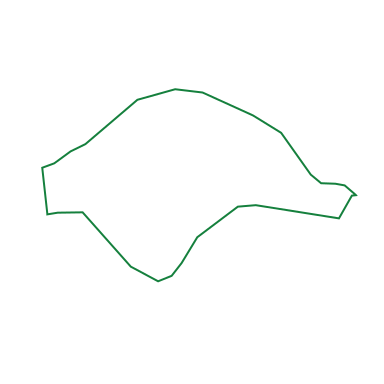 SVG path tracing the border of Kep, rotated 323°
{"feature_id": "KHM-1798", "entity_name": "Kep", "entity_type": "Province", "adm_level": 1, "iso_a3": "KHM", "parent_name": "Cambodia", "parent_adm1": "", "projection": "orthographic", "projection_center": [104.354, 10.511], "detail": "fine", "context": "isolated", "style": "outline", "palette": "green", "viewbox_px": 384, "rotation_deg": 323, "n_neighbors": 0, "source": "natural_earth", "source_scale": "10m", "svg_char_len": 501}
<svg xmlns="http://www.w3.org/2000/svg" viewBox="0 0 384 384"><g transform="rotate(323 192 192)"><path d="M321.0,293.2L317.5,291.1L293.5,301.5L235.0,240.9L219.8,231.3L169.0,231.3L140.9,242.5L125.3,246.7L111.2,242.9L98.2,214.8L92.4,142.4L72.3,127.7L63.0,122.8L63.3,122.4L87.0,82.5L99.2,86.2L119.5,86.5L135.7,89.6L203.9,85.5L240.4,99.8L260.3,118.9L286.8,167.6L298.8,198.4L297.3,249.6L300.4,262.7L311.5,271.7L317.9,278.6L321.0,292.9L321.0,293.2Z" fill="none" stroke="#15803d" stroke-width="2"/></g></svg>